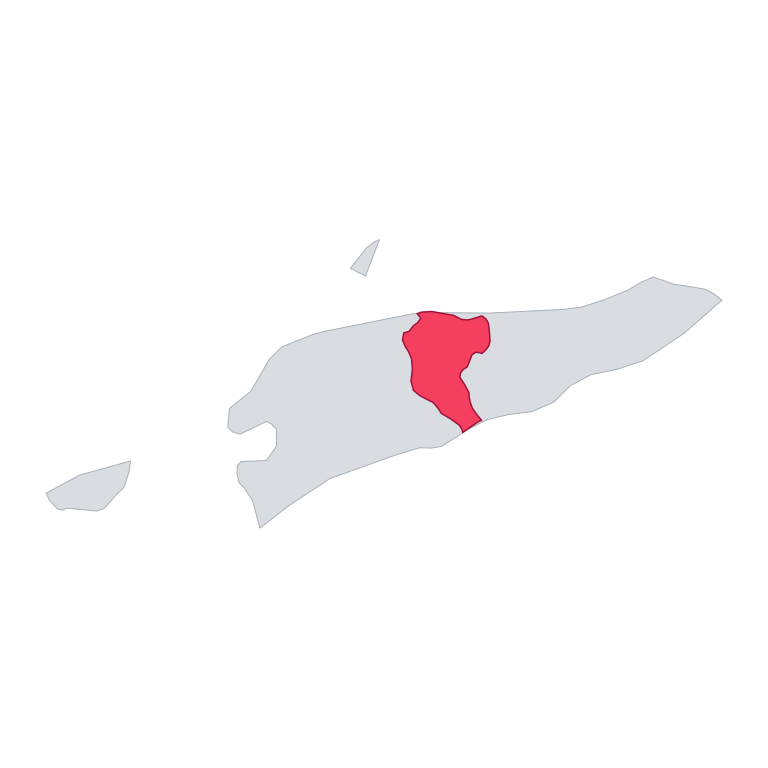 Manatuto highlighted on a map of East Timor
{"feature_id": "TLS-550", "entity_name": "Manatuto", "entity_type": "District", "adm_level": 1, "iso_a3": "TLS", "parent_name": "East Timor", "parent_adm1": "", "projection": "albers", "projection_center": [126.0, -8.769], "detail": "fine", "context": "in_parent", "style": "filled", "palette": "rose", "viewbox_px": 768, "rotation_deg": 0, "n_neighbors": 0, "source": "natural_earth", "source_scale": "10m", "svg_char_len": 1712}
<svg xmlns="http://www.w3.org/2000/svg" viewBox="0 0 768 768"><path d="M259.9,528.1L252.7,500.8L245.0,489.1L239.1,482.5L237.1,474.2L237.4,465.6L240.9,461.6L266.4,460.5L276.5,446.4L276.4,429.5L271.3,423.9L266.3,421.5L240.0,434.2L232.4,431.9L227.9,427.3L229.3,408.6L251.0,391.1L269.3,359.3L282.2,346.7L312.3,334.7L324.5,331.4L412.2,313.8L433.1,312.6L488.7,313.1L563.1,309.4L581.5,307.1L605.3,299.4L628.4,289.9L640.7,282.4L653.5,277.0L672.6,283.9L705.1,289.2L713.8,293.8L721.9,300.1L684.1,333.3L642.7,360.9L617.2,369.2L590.8,374.8L570.7,385.4L553.8,402.1L532.1,411.5L507.7,414.7L486.9,419.7L467.9,429.5L441.6,446.4L431.0,448.1L419.7,447.7L397.9,454.2L330.2,478.4L289.3,505.3L259.9,528.1ZM46.1,493.2L79.5,475.1L130.5,461.0L129.2,471.2L124.1,487.1L116.4,494.6L104.8,508.0L97.1,511.0L66.5,508.2L62.6,510.2L57.3,508.8L49.5,500.2L46.1,493.2ZM379.3,239.9L365.5,276.0L350.4,268.3L366.4,248.0L374.1,242.0L379.3,239.9Z" fill="#d9dde1" stroke="#a8b0b8" stroke-width="1"/><path d="M481.4,420.4L478.1,421.8L462.7,432.4L462.2,429.9L459.4,425.2L450.5,418.8L441.4,413.5L438.2,408.4L433.3,402.6L426.2,399.0L419.8,395.6L413.5,390.4L411.0,381.0L412.4,369.2L412.4,368.6L411.5,358.6L408.3,351.2L405.4,346.8L402.5,340.0L403.8,332.9L409.0,331.4L413.5,325.7L417.6,322.7L420.8,318.3L417.2,313.6L421.8,312.1L431.6,311.5L453.3,315.3L461.6,319.4L467.1,320.0L471.7,319.1L480.5,316.3L482.2,316.0L486.2,319.2L488.4,323.3L489.0,328.2L489.6,334.6L490.0,341.4L488.6,346.1L486.2,349.4L481.9,353.5L480.0,352.8L475.9,352.2L471.9,354.9L469.4,361.6L467.1,367.0L463.2,369.5L460.5,373.1L459.8,377.2L464.7,384.7L469.0,392.8L469.2,397.3L470.1,401.8L472.3,408.1L475.9,413.3L481.3,420.1L481.4,420.4Z" fill="#f43f5e" stroke="#9f1239" stroke-width="1.5"/></svg>